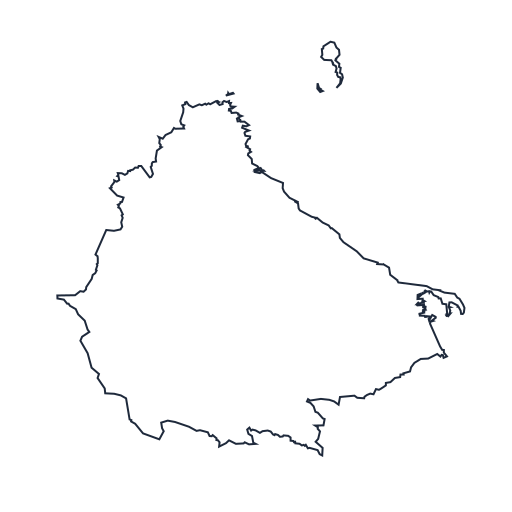 the district of Cavite, Cavite, Philippines, rotated 84°
{"feature_id": "2640588B43067672764099", "entity_name": "Cavite", "entity_type": "district", "adm_level": 2, "iso_a3": "PHL", "parent_name": "Philippines", "parent_adm1": "Cavite", "projection": "robinson", "projection_center": [120.788, 14.278], "detail": "fine", "context": "isolated", "style": "outline", "palette": "slate", "viewbox_px": 512, "rotation_deg": 84, "n_neighbors": 0, "source": "geoboundaries", "source_scale": "gbopen_adm2", "svg_char_len": 5976}
<svg xmlns="http://www.w3.org/2000/svg" viewBox="0 0 512 512"><g transform="rotate(84 256 256)"><path d="M428.2,371.3L420.6,366.1L417.5,367.4L411.8,367.7L410.5,361.0L412.6,353.9L418.8,340.5L423.7,333.4L423.4,329.9L426.3,322.3L430.2,321.0L430.6,318.9L429.6,317.8L433.2,314.3L434.9,314.6L435.2,313.2L437.5,311.7L441.7,312.6L439.0,305.4L436.5,302.1L440.7,295.6L441.1,287.9L440.1,286.7L442.6,282.6L442.8,276.0L441.4,278.2L434.6,278.8L432.1,282.1L427.7,282.9L426.0,280.5L429.1,279.1L428.3,277.6L429.4,274.6L432.3,270.6L430.9,267.8L430.8,262.6L432.1,259.7L435.3,257.7L436.1,256.3L435.1,255.6L436.3,252.8L438.3,251.1L438.3,248.3L437.3,247.4L438.2,242.8L440.1,240.6L443.3,240.9L443.9,238.1L445.1,237.7L444.9,236.5L446.4,236.5L447.3,232.3L449.2,230.2L448.8,228.3L449.9,227.3L449.0,226.2L452.7,224.5L452.4,222.8L455.5,215.0L459.7,213.4L461.3,211.0L453.8,209.8L447.0,216.1L444.4,213.3L437.1,210.7L434.3,212.7L432.8,212.4L430.8,214.9L431.5,206.6L425.3,204.8L424.5,206.5L418.3,210.9L417.2,213.2L411.6,214.4L407.8,217.2L406.0,220.5L403.8,219.2L405.4,217.3L404.9,206.4L406.7,198.1L408.8,193.5L412.5,189.4L405.0,187.2L405.2,172.7L407.6,170.1L408.8,163.3L407.3,162.8L405.8,160.1L404.8,156.8L405.8,153.6L400.9,150.6L401.9,147.7L401.2,146.0L398.3,140.4L395.8,140.1L395.5,135.5L391.8,130.6L391.5,125.3L389.0,124.7L389.3,121.6L388.1,121.7L386.9,114.9L382.9,113.4L378.8,109.6L375.6,102.9L376.0,95.5L372.4,86.0L375.3,83.1L373.7,81.7L374.1,80.5L376.9,80.1L375.8,76.6L371.7,79.3L369.1,79.0L368.8,80.7L365.1,82.4L341.4,90.0L339.6,89.4L339.1,86.6L338.5,87.6L336.2,83.7L335.3,83.7L333.1,86.9L338.2,90.6L336.6,90.9L334.4,89.0L333.7,92.5L334.3,92.6L334.3,94.2L333.1,94.5L332.4,99.3L330.9,99.2L330.6,100.3L329.9,94.6L328.8,94.6L328.5,96.7L328.3,94.3L327.3,94.3L327.3,95.4L327.2,95.4L327.1,93.0L325.1,94.2L324.3,93.3L325.3,92.9L324.3,92.7L324.2,93.9L324.4,96.1L323.9,93.8L322.2,94.0L322.0,100.7L321.5,101.1L320.8,99.1L320.7,101.1L319.3,99.5L320.7,98.0L319.8,96.5L320.2,93.0L320.0,95.1L318.7,95.3L318.9,93.1L318.7,94.5L318.5,93.1L317.2,94.8L315.9,94.7L315.7,99.9L311.6,99.3L310.9,96.8L313.3,97.6L310.8,94.1L309.5,94.5L310.8,93.3L309.9,91.4L308.7,92.1L308.0,91.3L309.2,89.5L309.1,87.6L310.5,87.4L309.4,86.6L309.6,85.5L313.5,83.4L315.9,79.0L317.3,78.8L317.5,76.7L323.0,75.6L323.9,71.8L333.3,71.9L333.8,73.3L333.4,71.8L334.2,71.5L334.7,73.1L335.5,72.7L335.0,70.8L336.6,71.8L333.5,68.6L333.5,69.5L330.6,68.5L327.3,69.4L327.2,68.3L326.6,69.6L322.4,68.5L322.5,66.3L326.3,60.6L327.6,60.9L327.7,59.9L331.8,58.2L335.0,58.1L335.3,56.5L334.0,55.2L329.4,54.1L325.9,55.2L319.8,58.1L318.4,60.2L314.4,62.3L312.1,72.4L309.1,78.0L309.4,77.1L309.2,76.9L307.6,83.8L303.8,89.4L297.2,117.2L295.0,118.1L295.4,117.4L288.7,124.5L281.5,124.9L277.6,130.1L276.9,129.4L277.7,130.3L276.7,136.3L275.3,135.6L269.6,149.2L261.9,155.3L251.5,167.5L246.8,170.7L243.2,170.8L236.2,177.7L236.3,178.7L233.2,180.5L229.7,186.2L224.4,191.4L225.6,193.5L224.3,192.5L222.8,196.5L215.3,207.5L213.2,208.6L208.1,208.7L205.5,212.1L207.1,208.0L201.6,216.6L194.9,221.4L191.3,222.4L186.2,221.5L180.1,232.9L173.7,240.6L173.2,242.4L174.0,243.5L172.3,248.6L170.2,248.6L168.7,243.9L166.7,245.3L163.6,250.2L159.1,250.1L154.9,253.5L153.2,253.0L151.9,250.1L150.6,251.4L149.2,250.7L146.8,254.0L145.9,252.0L145.9,254.3L143.5,254.7L139.1,251.7L138.5,249.8L136.5,249.3L135.3,254.0L132.4,254.6L131.4,253.8L130.5,249.9L127.0,256.4L125.0,255.5L126.0,252.1L125.1,249.3L121.2,253.4L120.8,257.2L118.2,257.5L120.2,257.6L120.2,260.2L117.3,260.6L116.6,258.9L117.7,258.9L117.8,258.4L116.2,258.7L115.3,255.5L113.5,259.0L112.5,258.6L111.3,260.7L111.2,265.3L109.0,265.9L108.5,267.8L106.9,267.4L106.8,264.2L105.3,261.6L104.6,265.6L103.1,266.0L101.2,264.9L101.1,266.9L99.1,266.6L99.8,269.0L98.5,271.6L99.6,273.3L101.4,273.3L102.0,276.5L99.9,278.2L99.1,276.7L98.4,278.0L97.1,277.6L98.7,278.6L97.8,279.5L100.3,285.7L99.2,287.2L100.3,289.6L99.2,290.6L100.4,294.1L99.3,296.5L101.5,303.3L98.9,307.0L95.5,308.9L95.9,310.5L97.6,310.4L98.5,313.6L101.9,312.7L105.5,313.4L113.8,317.2L117.2,316.5L118.6,313.7L119.9,314.8L121.7,314.2L121.0,323.0L120.1,324.2L124.1,327.3L126.2,333.3L129.6,336.5L127.4,340.4L129.7,339.5L133.6,340.4L135.7,339.1L137.1,339.9L137.9,338.4L140.8,343.5L148.5,345.6L151.6,345.5L151.8,348.9L153.0,349.9L155.4,350.2L156.4,351.4L163.6,349.9L166.4,351.9L166.7,353.5L154.5,360.7L154.2,363.3L155.9,364.2L155.4,366.9L157.3,369.4L157.6,372.2L158.4,372.3L158.0,374.3L160.4,375.3L161.6,377.9L159.7,380.8L159.1,384.8L161.0,384.4L162.0,385.6L162.6,384.4L166.2,384.1L167.5,386.7L166.0,389.1L167.6,389.1L171.5,392.8L172.8,392.4L173.3,394.2L181.4,387.8L184.0,381.6L188.2,383.6L188.2,385.2L189.6,385.5L190.6,388.0L191.8,387.1L193.3,387.9L194.4,386.3L200.7,384.1L201.5,385.4L204.1,384.6L208.4,386.5L212.9,386.0L215.4,388.0L216.1,394.6L214.5,402.2L237.8,415.5L239.7,413.6L241.9,413.6L246.6,414.1L247.4,415.2L248.6,414.7L253.0,416.7L253.7,416.0L256.3,417.7L257.8,420.4L261.6,421.8L269.2,428.1L271.5,428.6L273.5,431.2L272.6,434.5L276.1,440.0L274.5,457.7L277.5,457.9L279.3,451.6L283.7,448.8L283.8,447.4L286.1,446.2L290.0,440.8L295.4,439.0L302.4,433.1L311.5,431.2L314.1,429.7L318.1,437.4L321.9,439.5L335.1,433.6L349.9,431.2L356.9,424.5L360.8,426.3L371.9,420.3L376.8,420.3L378.2,411.4L380.5,405.0L384.0,400.1L405.3,398.8L406.2,397.1L407.5,397.5L410.2,393.7L420.6,386.9L428.2,371.3ZM87.6,151.0L84.3,151.4L82.6,153.3L77.7,152.1L76.6,153.7L73.5,153.0L69.7,156.6L68.6,156.1L69.3,155.2L68.3,155.9L64.6,151.9L59.6,151.9L57.1,154.2L52.0,155.8L50.7,159.5L54.5,167.0L56.7,167.5L57.1,168.9L62.9,169.0L64.8,170.4L68.1,167.7L69.2,160.6L72.0,159.3L72.4,160.5L72.3,159.4L73.7,159.4L75.5,156.7L78.0,156.3L81.3,157.6L82.1,156.0L84.4,156.4L86.5,155.5L87.1,153.5L89.3,153.4L93.1,154.3L97.2,158.4L93.3,153.6L87.6,151.0ZM99.6,175.0L98.9,172.4L96.9,175.1L96.5,174.4L95.5,175.7L90.6,176.7L95.9,177.5L99.6,175.0ZM170.9,247.2L172.1,239.1L171.6,239.5L171.7,240.7L169.0,242.2L170.9,247.2ZM92.1,261.4L91.3,261.9L92.2,265.9L90.9,266.6L92.1,266.9L93.3,269.2L92.1,261.4Z" fill="none" stroke="#1e293b" stroke-width="2"/></g></svg>